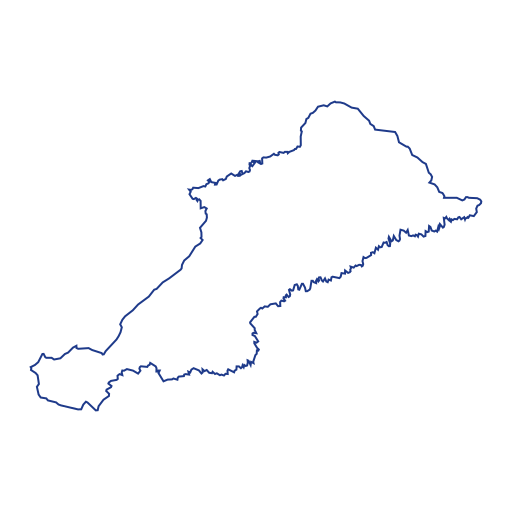 the district of Nobres, Mato Grosso, Brazil
{"feature_id": "56859067B93249900813034", "entity_name": "Nobres", "entity_type": "district", "adm_level": 2, "iso_a3": "BRA", "parent_name": "Brazil", "parent_adm1": "Mato Grosso", "projection": "robinson", "projection_center": [-55.833, -14.387], "detail": "fine", "context": "isolated", "style": "outline", "palette": "blue", "viewbox_px": 512, "rotation_deg": 0, "n_neighbors": 0, "source": "geoboundaries", "source_scale": "gbopen_adm2", "svg_char_len": 6088}
<svg xmlns="http://www.w3.org/2000/svg" viewBox="0 0 512 512"><path d="M31.0,370.0L35.6,373.0L37.6,375.3L38.9,384.0L36.9,386.8L38.6,394.5L40.7,397.5L46.3,398.4L47.9,400.4L56.1,402.4L58.5,404.5L61.0,405.4L78.0,409.4L81.2,409.3L83.3,404.6L85.9,401.7L87.5,402.5L95.8,410.4L97.7,410.2L98.6,406.2L103.5,399.7L108.9,396.0L109.1,393.8L106.2,391.0L106.6,389.6L111.0,387.2L111.5,386.0L108.4,383.6L108.8,382.5L111.0,380.9L116.6,379.9L117.8,378.9L117.5,375.8L118.7,374.7L119.7,374.1L122.3,375.1L121.7,372.5L122.3,370.5L124.0,370.7L126.9,369.1L133.0,370.6L138.1,373.6L140.4,370.7L139.4,368.7L139.8,367.2L140.9,366.3L147.3,366.9L148.1,365.5L149.6,364.8L150.2,362.9L155.7,366.4L156.5,368.2L156.4,371.5L157.5,371.5L158.2,370.5L159.7,370.5L158.5,373.1L163.5,381.3L167.6,379.6L172.0,379.4L173.4,378.5L177.4,379.7L177.8,377.6L178.8,376.6L183.9,376.1L184.2,374.6L185.6,374.1L189.1,374.6L188.4,371.7L190.2,372.5L191.4,369.6L193.6,368.2L198.9,370.4L201.5,373.5L202.7,372.4L202.5,369.3L204.5,371.1L206.7,370.0L209.2,372.8L212.0,373.2L212.6,371.8L215.0,374.0L216.8,373.3L219.9,375.2L221.4,374.6L224.0,375.5L225.5,373.8L227.7,374.0L227.5,370.7L228.2,369.3L234.1,372.3L234.6,370.7L236.4,369.6L236.6,366.4L238.9,366.4L240.9,368.2L242.1,367.1L242.6,365.3L243.7,367.2L244.3,365.0L245.7,366.0L247.1,365.5L247.8,362.5L247.6,360.3L248.5,360.7L250.6,365.0L251.1,361.9L253.5,363.1L253.2,361.8L255.4,355.1L256.7,353.8L256.9,350.4L258.3,350.6L258.8,349.5L257.1,347.9L254.3,343.3L254.3,341.9L256.5,342.7L258.2,341.4L254.9,336.1L252.5,335.0L252.5,333.5L253.5,332.8L256.3,333.2L254.7,330.0L254.7,328.2L250.3,323.4L250.1,322.3L254.4,316.8L255.8,316.8L257.6,314.0L257.0,311.4L259.9,308.5L261.0,307.8L262.3,308.5L264.7,306.4L267.8,306.8L270.4,304.3L275.8,303.4L278.1,306.2L280.3,306.0L280.1,302.1L281.4,300.6L284.1,301.3L285.1,300.7L283.5,298.4L283.7,297.2L285.9,297.3L285.8,295.4L286.6,294.6L288.6,297.0L289.8,296.2L290.2,294.5L289.0,289.9L289.9,289.2L291.9,290.7L293.1,290.4L294.7,285.0L296.8,284.3L297.8,285.9L298.3,289.4L299.3,289.7L301.9,283.8L303.0,283.8L305.0,287.6L305.8,291.2L307.2,291.2L309.7,289.6L310.3,288.2L311.5,280.8L312.8,280.8L313.6,282.1L316.1,283.1L316.0,281.0L316.9,279.3L318.3,281.5L319.1,280.5L318.5,278.6L319.0,277.4L320.5,277.3L321.9,280.5L323.0,281.5L325.0,278.4L326.3,281.5L327.7,282.2L328.6,279.6L330.9,280.5L331.5,277.3L332.6,276.7L339.4,278.1L340.7,276.7L341.5,273.1L345.0,273.6L345.1,270.5L348.1,272.9L349.8,272.2L350.6,271.2L350.2,269.8L351.0,268.1L350.6,266.6L353.7,267.6L355.6,265.5L356.6,266.1L359.2,264.8L361.0,265.0L361.8,266.4L362.7,265.8L363.2,264.1L362.5,261.1L363.5,257.1L365.0,258.1L366.5,257.9L371.1,255.1L371.0,252.8L372.9,252.2L374.4,253.2L375.9,247.7L378.0,249.7L378.9,246.2L380.2,247.3L381.7,247.0L383.6,242.5L385.0,242.8L386.6,242.0L387.6,245.1L388.8,246.2L389.9,246.1L390.2,243.7L388.5,238.5L388.9,236.8L391.5,241.3L392.8,240.4L393.8,236.0L396.2,240.0L398.5,241.3L399.4,240.6L400.0,239.1L399.5,235.6L400.5,229.7L403.7,230.6L406.1,232.7L407.7,230.0L408.9,235.5L411.4,236.1L413.1,235.4L414.9,236.3L415.6,234.7L416.7,235.0L418.0,236.6L418.8,233.7L421.4,234.4L423.6,236.6L425.4,236.0L425.6,231.1L427.3,232.1L428.7,231.6L429.1,226.0L430.4,226.9L431.7,230.5L434.3,231.5L435.7,230.6L437.1,231.6L438.2,227.3L438.9,229.1L439.7,226.7L439.1,225.6L439.8,223.9L442.9,227.6L443.8,227.0L444.6,224.7L443.8,217.9L445.1,218.4L446.3,216.9L447.0,218.4L448.8,220.1L449.6,218.8L450.2,219.8L450.0,221.0L450.9,221.8L451.6,219.4L452.9,220.1L454.4,218.9L457.1,219.3L458.4,217.3L459.5,217.0L461.2,219.3L464.2,217.2L465.0,219.5L465.5,218.2L466.9,218.1L467.5,217.1L468.4,217.7L469.8,215.3L473.8,216.1L476.8,212.1L476.2,208.6L477.5,205.7L479.2,205.0L481.0,203.2L481.3,201.4L480.2,199.7L477.2,198.2L468.9,197.8L467.5,197.1L466.0,197.1L464.4,199.5L462.3,200.4L456.8,197.8L444.0,197.8L444.4,196.2L443.2,194.1L442.4,193.0L439.2,191.9L437.3,187.3L434.6,184.4L429.4,182.6L431.3,180.4L432.1,176.9L430.7,174.3L428.8,172.7L425.9,163.9L422.5,162.1L417.4,157.5L412.2,155.0L409.7,148.6L407.8,146.7L406.5,146.7L399.0,142.3L397.4,136.0L395.1,132.0L375.1,129.6L373.7,126.1L370.3,123.9L369.1,120.7L363.7,116.0L357.8,108.7L351.6,107.6L344.3,103.5L340.2,102.4L335.9,102.3L334.9,101.6L330.6,103.4L327.3,106.4L323.7,105.3L318.0,106.7L315.4,110.6L312.8,112.9L310.5,113.7L308.3,117.9L306.4,119.0L305.4,123.0L301.1,127.6L300.9,130.6L301.8,131.4L300.7,136.5L300.8,145.2L299.9,146.8L297.5,146.5L296.1,148.9L294.9,149.0L294.0,150.1L289.3,151.9L287.8,153.2L287.5,151.9L284.8,151.9L283.6,152.9L279.4,152.0L278.4,152.9L278.8,154.4L277.7,155.3L274.9,154.8L273.9,153.8L270.2,156.5L266.2,157.6L263.4,157.4L262.1,158.4L262.3,163.5L261.0,164.0L258.7,162.7L260.0,162.1L259.7,160.9L258.1,161.3L252.4,160.7L251.9,161.8L255.3,162.2L252.3,166.2L251.0,165.2L250.0,166.1L249.3,168.1L250.0,170.0L249.5,171.5L248.4,172.0L246.0,171.3L244.4,173.1L242.6,174.0L241.7,171.0L240.2,171.3L239.2,172.9L240.9,174.9L239.8,175.8L238.2,175.9L238.3,174.3L235.0,175.9L231.2,173.5L226.8,176.5L225.8,179.0L223.1,180.3L222.3,179.2L219.7,179.6L218.3,180.6L216.6,184.5L215.0,184.6L215.4,182.9L211.3,182.1L209.8,179.1L207.9,180.4L209.3,181.9L208.5,183.3L206.4,184.2L205.3,186.5L203.5,186.1L198.4,188.1L193.2,187.7L192.4,189.2L191.1,189.9L189.1,189.6L190.7,191.7L189.5,194.2L192.6,198.8L193.8,199.1L195.9,197.9L196.9,198.6L196.6,199.9L197.4,201.0L197.9,199.8L199.2,199.3L200.6,200.9L200.7,208.3L204.3,207.1L206.7,208.5L205.4,211.0L205.7,213.6L206.7,214.3L206.9,217.6L206.0,220.8L200.0,227.8L201.4,232.4L201.5,237.0L200.6,238.0L202.6,240.0L200.2,243.5L195.3,246.6L189.2,256.3L184.2,260.5L182.0,264.9L181.6,268.4L180.6,269.7L169.1,278.4L162.7,282.4L156.6,288.9L154.2,289.7L148.8,296.6L138.1,304.5L132.8,310.3L125.1,316.3L122.4,319.7L120.2,324.3L121.8,327.3L120.5,332.3L118.6,336.2L116.5,339.5L105.7,351.1L103.8,354.3L102.6,354.5L101.7,353.1L92.1,350.0L88.6,348.1L78.2,348.8L76.5,348.0L76.4,345.8L73.0,347.6L68.1,352.6L64.9,354.0L60.4,358.3L54.1,359.5L51.6,357.8L46.3,357.8L45.3,357.2L43.6,353.9L42.4,354.0L38.2,362.2L34.9,365.0L30.7,367.1L31.3,368.1L31.0,370.0ZM251.0,165.2L250.8,163.2L249.6,163.2L249.5,164.6L251.0,165.2Z" fill="none" stroke="#1e3a8a" stroke-width="2"/></svg>